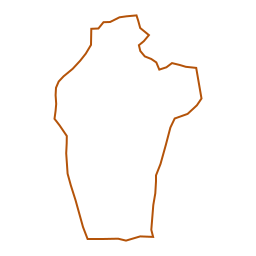 Itapissuma, Pernambuco, Brazil
{"feature_id": "56859067B55020362717287", "entity_name": "Itapissuma", "entity_type": "district", "adm_level": 2, "iso_a3": "BRA", "parent_name": "Brazil", "parent_adm1": "Pernambuco", "projection": "orthographic", "projection_center": [-34.907, -7.746], "detail": "fine", "context": "isolated", "style": "outline", "palette": "amber", "viewbox_px": 256, "rotation_deg": 0, "n_neighbors": 0, "source": "geoboundaries", "source_scale": "gbopen_adm2", "svg_char_len": 792}
<svg xmlns="http://www.w3.org/2000/svg" viewBox="0 0 256 256"><path d="M91.3,28.8L91.0,44.9L85.8,53.6L80.2,60.7L72.7,68.8L63.6,76.3L58.7,81.5L56.0,87.8L55.6,95.2L56.2,103.9L55.6,110.8L54.5,118.8L59.6,125.4L66.8,136.0L66.7,143.2L66.2,153.3L67.6,173.7L70.8,185.3L75.6,200.4L83.0,227.0L87.6,239.0L102.7,239.0L118.1,238.7L126.0,240.6L140.2,236.4L153.1,236.9L151.3,229.8L153.3,205.0L155.3,193.3L156.0,181.3L156.0,175.4L160.5,164.0L165.8,145.0L170.4,127.5L174.7,118.5L187.6,113.9L196.9,105.3L201.5,98.5L196.2,67.9L185.8,66.8L179.8,65.0L172.0,63.1L166.4,67.3L159.3,69.6L156.3,62.4L151.3,59.0L144.8,56.4L140.3,51.0L138.9,45.2L143.8,41.2L148.9,35.1L140.2,28.0L138.2,20.7L136.5,15.4L126.6,16.3L119.5,17.3L110.1,22.0L103.5,22.2L98.4,28.5L91.3,28.8Z" fill="none" stroke="#b45309" stroke-width="2"/></svg>